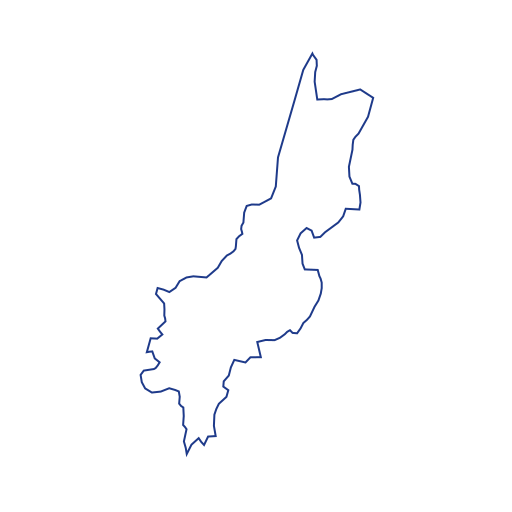 an SVG outline of Badulla, rotated 19°
{"feature_id": "LKA-2467", "entity_name": "Badulla", "entity_type": "District", "adm_level": 1, "iso_a3": "LKA", "parent_name": "Sri Lanka", "parent_adm1": "", "projection": "natural_earth1", "projection_center": [81.038, 7.079], "detail": "fine", "context": "isolated", "style": "outline", "palette": "blue", "viewbox_px": 512, "rotation_deg": 19, "n_neighbors": 0, "source": "natural_earth", "source_scale": "10m", "svg_char_len": 1997}
<svg xmlns="http://www.w3.org/2000/svg" viewBox="0 0 512 512"><g transform="rotate(19 256 256)"><path d="M338.6,178.4L325.5,182.1L325.5,190.1L322.9,197.5L313.6,211.0L310.6,217.0L305.0,219.7L300.3,213.9L294.7,213.1L290.8,220.0L289.8,227.9L294.0,234.2L299.1,240.0L302.5,248.1L306.5,252.8L318.9,249.1L322.5,254.4L324.4,256.3L326.8,259.8L328.6,265.0L329.5,270.5L329.5,277.8L327.9,284.8L326.7,295.6L324.9,299.9L322.6,303.9L321.7,310.0L320.0,315.7L315.6,316.8L312.3,315.1L310.2,317.5L308.7,320.6L305.3,325.5L301.0,329.5L292.4,332.3L285.2,336.9L293.5,350.1L283.7,353.6L280.7,360.1L269.3,361.3L268.5,369.5L269.2,377.9L266.3,385.0L267.6,390.1L273.5,391.9L273.9,398.8L269.0,407.8L268.3,413.5L268.3,419.5L271.5,430.3L276.5,439.4L269.5,442.3L268.4,451.6L264.7,449.6L261.1,446.9L256.4,455.4L255.0,465.8L252.1,460.4L248.2,454.8L246.7,442.4L244.5,440.8L242.1,439.5L239.8,430.9L236.6,422.9L234.0,422.2L231.4,420.6L229.7,413.9L227.1,409.2L223.1,409.0L217.0,409.3L210.1,415.2L202.0,419.0L194.3,417.3L189.1,412.5L185.6,406.0L187.2,400.9L196.3,396.1L197.6,394.6L198.7,391.5L199.5,387.9L193.6,385.8L189.0,380.0L186.6,381.1L184.1,382.5L183.2,368.1L189.5,366.3L193.0,360.7L189.9,358.8L186.8,356.6L191.7,347.3L190.4,344.6L188.7,342.2L186.8,336.2L184.6,330.8L173.8,324.5L173.4,318.3L179.5,317.9L185.8,318.3L190.3,312.3L192.0,304.6L197.3,298.9L203.4,295.6L216.2,292.4L223.7,279.6L225.2,271.9L228.3,265.0L231.0,262.1L233.2,258.9L234.3,256.0L233.8,253.3L232.0,246.4L233.6,242.8L235.9,239.5L234.7,237.5L233.2,235.4L232.5,232.1L233.2,228.5L230.7,218.8L230.9,211.7L235.2,208.7L242.4,206.4L251.5,196.6L252.1,183.9L244.7,155.6L241.8,96.6L240.1,64.6L243.4,46.2L244.3,47.2L249.4,50.8L251.6,56.4L252.1,62.8L254.7,72.1L263.0,88.1L269.2,85.6L272.5,84.7L276.6,82.9L283.8,75.3L300.3,64.6L315.3,68.3L316.6,87.9L313.1,106.9L311.2,110.9L310.2,114.4L311.2,119.3L312.6,124.1L314.8,141.4L318.5,150.5L323.6,156.3L326.5,155.4L330.6,156.4L332.0,159.8L334.4,164.4L337.4,171.4L338.6,178.4Z" fill="none" stroke="#1e3a8a" stroke-width="2"/></g></svg>